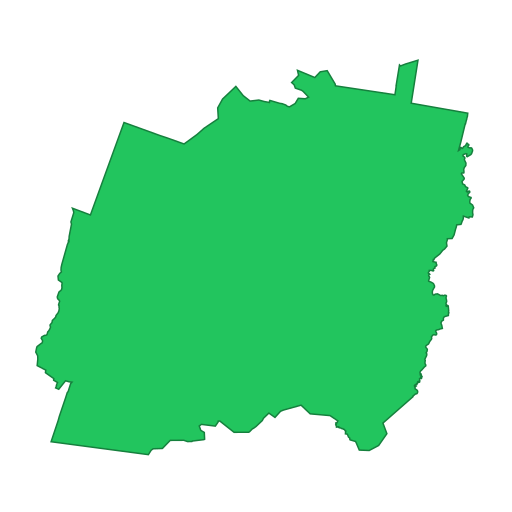 Pededzes pag., Aluksne, Latvia (Albers equal-area conic projection), rotated 183°
{"feature_id": "27541924B28256334798833", "entity_name": "Pededzes pag.", "entity_type": "district", "adm_level": 2, "iso_a3": "LVA", "parent_name": "Latvia", "parent_adm1": "Aluksne", "projection": "albers", "projection_center": [27.465, 57.478], "detail": "fine", "context": "isolated", "style": "filled", "palette": "green", "viewbox_px": 512, "rotation_deg": 183, "n_neighbors": 0, "source": "geoboundaries", "source_scale": "gbopen_adm2", "svg_char_len": 5808}
<svg xmlns="http://www.w3.org/2000/svg" viewBox="0 0 512 512"><g transform="rotate(183 256 256)"><path d="M394.8,382.4L423.5,288.3L441.8,294.1L440.9,292.1L440.3,290.2L440.3,289.5L442.6,280.3L441.9,278.2L443.6,265.9L443.6,263.3L443.8,262.9L443.6,262.5L443.7,261.8L444.0,261.7L443.8,261.4L444.0,261.1L443.7,260.9L444.0,260.6L443.7,260.2L444.3,259.5L444.5,258.6L444.9,257.8L449.5,237.4L450.0,234.4L450.0,232.4L450.0,231.6L449.5,229.9L451.1,228.3L452.7,225.6L452.1,221.7L448.6,219.5L448.2,218.8L448.4,216.6L448.1,214.0L448.4,212.4L449.2,211.2L450.5,210.2L450.9,209.6L452.3,204.9L452.2,204.0L451.8,202.9L450.1,201.3L449.7,200.6L450.6,197.1L450.6,196.7L450.1,196.1L450.0,194.4L449.7,193.4L449.9,191.2L450.6,189.0L452.6,186.1L452.8,184.7L453.8,183.3L456.0,181.0L456.2,178.9L458.0,176.5L458.0,175.5L457.6,174.7L457.5,174.1L457.9,172.8L459.0,170.5L460.0,169.3L460.6,166.5L461.7,165.8L463.0,165.7L465.8,163.9L466.2,162.6L464.8,160.5L464.7,159.4L465.0,158.1L465.9,157.5L469.9,154.1L470.3,152.7L470.9,148.5L468.8,144.9L468.5,141.6L468.8,135.1L459.9,131.0L460.2,128.6L460.1,128.4L451.5,123.0L451.4,122.8L451.7,121.6L451.5,121.3L447.6,119.3L448.6,116.4L448.3,116.1L449.2,113.8L446.0,112.6L439.7,121.4L436.1,120.6L433.2,120.4L434.4,118.9L436.5,110.8L437.3,109.8L438.8,104.1L444.0,85.6L445.0,81.1L450.9,59.8L353.1,52.0L350.5,56.6L348.6,58.1L339.4,58.9L332.0,67.4L318.5,68.2L314.7,67.1L310.3,67.4L309.8,67.9L298.4,69.9L297.7,70.3L298.4,77.1L302.0,79.0L303.8,83.3L301.7,85.0L287.7,84.0L285.2,88.1L285.1,88.6L285.1,89.1L283.5,89.3L268.7,78.8L254.2,79.6L253.4,80.0L250.3,83.5L249.7,83.6L247.1,85.7L241.1,92.0L240.0,94.4L234.9,99.8L228.6,95.8L223.4,102.2L220.5,103.6L203.2,109.4L193.6,101.2L173.7,100.5L165.6,95.6L165.9,95.3L166.0,94.6L166.4,93.6L167.4,93.6L167.6,93.4L167.1,92.2L167.5,92.0L167.3,91.6L167.3,91.1L166.8,90.4L166.8,90.1L166.4,89.9L166.5,89.4L165.9,89.6L165.3,89.4L165.0,89.8L164.6,89.8L164.3,89.7L164.2,89.0L163.9,88.8L162.7,88.8L161.0,88.0L160.3,88.2L159.7,87.6L158.7,87.4L158.4,86.9L157.1,85.8L157.5,85.2L157.3,84.2L157.4,83.1L155.4,82.8L154.2,80.1L152.8,79.0L152.7,77.9L152.4,77.3L146.9,76.0L146.2,74.8L142.7,67.6L132.8,67.7L123.6,73.2L116.0,85.4L120.5,95.8L91.9,123.7L92.0,124.2L89.8,126.3L89.2,126.7L88.3,126.8L88.0,127.1L87.6,127.8L87.4,128.8L87.7,129.9L88.3,130.6L90.2,131.7L90.2,132.6L90.6,133.4L89.6,134.2L90.2,134.4L90.8,134.1L91.0,134.9L90.8,135.3L89.7,136.0L89.4,136.4L89.1,135.7L88.6,136.0L88.6,136.6L88.1,137.4L88.1,138.5L87.9,139.0L87.3,139.2L87.2,138.2L86.1,138.6L85.9,139.0L86.1,140.0L85.9,140.4L86.3,141.9L85.4,142.8L84.5,142.3L84.3,142.5L84.5,143.3L85.1,143.7L85.1,144.0L84.7,144.4L83.9,144.3L84.0,144.6L84.7,145.0L84.7,145.7L85.8,145.9L85.8,146.2L85.6,146.5L85.0,146.6L85.1,147.0L86.1,147.6L86.2,148.2L85.9,149.2L85.5,149.9L84.7,150.6L82.1,153.9L80.7,155.2L80.8,156.2L81.6,157.4L81.7,158.9L81.5,160.5L82.0,161.7L80.4,165.5L80.3,167.0L80.5,167.5L81.0,168.1L81.0,168.6L80.3,169.4L80.0,171.6L80.2,172.1L81.7,173.7L81.8,174.3L81.6,175.1L81.0,175.8L79.2,177.1L78.9,177.6L78.1,179.6L76.4,182.1L76.2,183.1L76.6,184.4L75.5,186.0L74.8,186.6L74.3,186.7L72.2,186.5L71.6,187.0L71.5,188.2L72.6,190.2L72.7,190.7L72.4,191.1L71.1,191.8L69.7,192.0L68.5,192.7L66.1,193.4L66.9,196.7L67.6,198.1L67.8,199.2L67.4,199.7L67.3,200.5L65.5,201.8L65.6,203.5L65.3,204.6L64.1,205.5L60.8,206.6L60.7,207.1L60.9,208.0L60.4,209.4L60.9,210.0L60.7,211.2L61.4,216.2L61.9,216.5L62.3,216.3L62.5,215.8L63.3,215.7L63.7,216.4L63.1,217.3L63.8,218.2L63.7,219.3L63.2,220.3L63.4,221.8L64.1,224.1L63.7,226.0L64.0,226.5L65.3,226.8L67.0,226.1L67.8,226.5L69.6,226.2L72.7,227.7L75.0,227.3L76.1,226.4L76.8,226.3L77.2,226.6L77.8,227.7L78.0,228.7L78.0,229.9L77.7,231.2L76.1,234.4L76.2,235.6L77.2,237.5L77.6,237.9L79.4,238.9L82.3,239.9L82.3,240.5L81.5,243.7L81.9,244.5L82.5,245.1L82.6,245.6L82.3,246.3L81.5,246.8L81.9,247.3L82.7,247.5L83.1,248.1L82.8,248.9L82.2,249.7L82.2,250.7L79.4,250.7L78.5,250.3L78.0,250.5L77.8,250.7L77.9,251.0L78.2,251.6L78.1,252.4L77.3,253.1L76.7,253.2L76.6,253.7L76.9,254.5L76.4,255.0L75.3,255.5L75.0,256.1L75.0,256.6L75.3,257.3L76.0,258.6L75.8,259.1L79.1,259.7L78.7,261.7L78.2,261.6L77.5,263.3L72.5,267.7L69.8,271.5L68.0,272.9L65.8,275.9L66.5,279.2L65.7,282.6L65.8,283.3L61.1,283.7L59.3,287.4L58.1,293.3L57.5,295.5L57.2,297.6L53.0,298.3L52.7,298.9L51.9,301.7L51.3,302.9L51.0,304.0L51.0,306.7L45.4,305.1L45.1,306.3L42.0,306.3L41.5,308.5L42.0,310.9L42.0,313.6L41.1,315.5L42.4,318.2L45.2,320.1L45.4,321.6L45.1,323.7L44.2,325.1L44.3,325.7L46.8,326.4L47.8,327.5L47.5,328.9L45.8,331.1L46.2,332.0L47.5,331.8L48.4,330.9L49.3,331.7L48.0,334.9L48.3,335.3L50.4,336.2L51.3,337.9L53.4,338.8L54.2,341.2L52.2,343.7L52.1,344.6L55.2,348.8L55.0,349.4L54.7,349.7L52.9,349.8L52.7,350.5L53.1,353.6L52.5,355.4L51.2,357.3L51.2,359.8L53.0,363.1L52.5,364.8L53.2,365.8L54.5,366.7L54.6,367.6L54.0,368.3L51.6,369.2L50.8,369.0L50.9,366.6L50.3,366.2L46.9,368.4L46.1,369.4L45.2,372.4L45.3,373.3L46.2,375.0L46.9,375.3L48.4,375.1L50.1,375.8L50.1,376.6L49.2,377.9L49.4,378.5L50.7,379.1L51.2,379.7L52.1,378.4L52.3,377.3L54.3,376.1L55.3,374.5L55.8,374.2L57.0,375.1L57.9,375.2L58.1,374.5L57.8,373.8L57.9,373.4L58.0,372.8L59.3,371.9L57.4,380.7L54.3,397.3L53.9,399.0L53.7,399.0L53.2,401.8L52.7,403.8L52.6,405.1L52.2,406.3L52.0,409.7L109.0,416.7L104.5,460.0L116.6,455.6L121.1,453.6L121.5,453.3L122.7,454.3L125.0,433.5L124.8,433.5L125.7,424.3L185.6,430.1L185.9,431.8L194.6,444.8L201.5,443.3L206.6,437.3L224.3,443.6L222.9,438.6L229.5,431.1L226.9,429.0L225.5,425.7L219.2,423.9L217.6,422.9L211.8,417.4L215.0,415.6L222.0,415.7L224.9,410.3L230.4,406.7L232.5,407.1L234.1,408.3L237.9,409.5L240.3,409.7L250.3,412.1L250.6,411.4L250.6,410.0L255.9,410.7L261.3,411.9L270.0,410.4L277.2,415.5L285.0,424.3L297.6,411.0L302.0,401.9L300.8,391.2L314.6,380.8L321.3,374.2L333.7,364.1L351.4,369.4L358.0,371.2L394.8,382.4Z" fill="#22c55e" stroke="#15803d" stroke-width="1.5"/></g></svg>